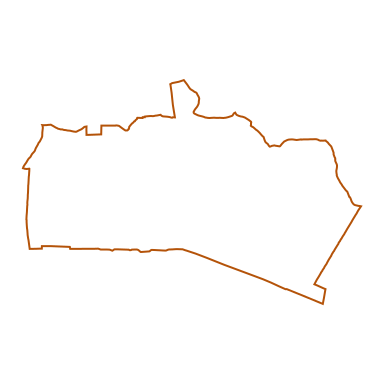 Lat Krabang, Bangkok Metropolis, Thailand
{"feature_id": "78962969B46231034587858", "entity_name": "Lat Krabang", "entity_type": "district", "adm_level": 2, "iso_a3": "THA", "parent_name": "Thailand", "parent_adm1": "Bangkok Metropolis", "projection": "orthographic", "projection_center": [100.783, 13.745], "detail": "fine", "context": "isolated", "style": "outline", "palette": "amber", "viewbox_px": 384, "rotation_deg": 0, "n_neighbors": 0, "source": "geoboundaries", "source_scale": "gbopen_adm2", "svg_char_len": 5933}
<svg xmlns="http://www.w3.org/2000/svg" viewBox="0 0 384 384"><path d="M325.5,289.1L323.7,288.4L317.1,285.4L314.4,284.3L316.9,279.6L318.3,277.4L319.9,274.7L320.4,273.8L320.8,273.2L320.9,272.7L322.3,270.8L322.5,270.2L323.1,269.3L324.1,267.9L324.3,267.4L324.6,266.7L326.6,263.8L327.1,262.7L328.2,260.7L328.3,260.6L328.7,259.7L329.1,259.2L329.5,258.4L329.8,258.1L330.3,257.2L331.2,255.9L331.2,255.6L331.3,255.5L332.3,253.4L332.7,253.0L333.2,252.0L334.1,250.9L334.6,249.8L337.2,245.6L337.9,244.5L338.4,243.8L338.5,243.5L338.6,243.0L338.7,242.7L339.6,241.5L339.9,241.2L340.9,239.2L341.3,238.9L342.7,236.4L344.3,234.1L344.7,233.2L345.7,231.6L347.1,229.1L351.4,222.1L352.6,219.9L355.7,214.8L356.1,214.2L356.5,213.7L357.2,212.3L358.2,210.5L361.0,206.3L359.6,206.0L358.5,205.9L357.2,205.6L355.5,205.2L354.8,205.0L354.2,204.7L353.1,203.7L352.0,202.1L351.5,201.1L351.3,200.5L350.7,198.8L350.4,198.1L349.9,197.3L349.7,197.0L349.3,196.9L347.3,191.7L345.9,190.4L342.1,185.4L341.9,184.8L340.3,182.6L339.8,181.7L339.5,181.0L337.9,178.2L337.0,176.2L336.7,175.1L336.8,174.6L336.7,174.2L336.5,173.2L336.3,171.1L336.4,170.3L336.7,168.9L336.9,167.6L337.0,166.2L337.0,165.4L336.9,164.9L336.5,163.7L336.0,162.7L335.3,161.1L335.3,160.7L335.2,160.1L335.2,159.3L335.3,159.1L335.2,158.9L335.2,158.2L334.4,156.7L334.0,155.4L333.7,154.8L333.6,154.3L333.6,153.4L333.6,152.8L333.1,151.3L331.6,147.3L331.2,146.4L329.3,144.4L328.5,143.5L328.0,142.7L327.0,141.8L325.8,140.9L325.6,140.5L322.9,140.7L322.0,140.7L321.6,140.6L320.4,140.7L319.1,140.3L318.7,140.1L318.0,139.7L317.0,139.4L316.1,139.2L315.5,139.2L309.6,139.3L308.1,139.4L303.5,139.4L301.5,139.6L301.2,139.6L301.0,139.4L298.2,139.8L296.6,140.0L293.2,139.5L292.0,139.4L289.9,139.5L288.7,139.6L287.3,140.0L284.2,141.5L281.9,143.9L280.4,145.8L280.1,146.1L279.8,146.3L279.2,146.3L276.7,145.9L275.4,145.7L274.4,145.4L271.8,145.9L270.5,146.5L270.1,146.5L269.7,146.6L269.4,146.3L268.9,145.8L268.6,145.3L268.3,144.9L267.8,144.0L266.2,142.8L265.3,141.8L264.6,140.1L263.6,137.0L263.0,136.5L262.2,135.8L260.7,134.1L259.8,133.0L258.3,131.5L257.1,130.4L256.5,130.1L256.0,129.7L255.0,128.8L253.9,127.8L253.2,127.2L252.5,126.9L251.3,126.2L250.8,125.7L251.0,125.1L251.0,123.0L251.2,122.7L251.2,122.1L251.0,121.7L248.8,120.0L244.8,117.5L242.5,116.7L241.9,116.6L241.0,116.5L238.9,115.9L237.1,115.1L236.6,114.8L236.4,114.6L236.1,114.1L235.8,113.7L235.2,112.6L234.2,113.1L233.8,113.5L233.6,113.8L232.6,115.4L232.3,115.7L231.6,116.0L228.3,117.1L225.9,117.7L224.0,117.9L223.5,118.0L221.5,117.9L219.9,117.8L217.3,117.9L215.0,117.8L214.5,117.7L212.3,117.8L209.5,118.0L207.8,117.9L206.2,117.6L205.4,117.5L205.2,117.5L203.9,116.9L202.2,116.4L198.9,115.6L197.7,115.2L195.0,113.9L194.3,113.5L193.8,113.0L193.7,112.6L193.6,112.0L193.7,111.7L194.8,109.7L195.3,109.0L197.0,106.9L197.6,105.9L198.3,104.5L198.6,103.7L198.8,102.5L198.8,101.5L199.2,98.8L199.2,98.4L198.8,97.2L198.5,96.5L197.6,95.0L196.6,93.0L196.4,92.8L195.5,92.2L194.7,92.0L192.5,90.4L191.4,89.8L190.2,88.9L189.2,87.6L187.3,84.7L183.8,80.1L183.0,80.4L178.7,81.8L174.2,82.7L172.2,83.1L170.3,84.2L170.4,84.4L171.6,92.7L172.5,101.4L172.9,105.1L174.9,117.4L172.7,117.3L172.2,117.7L171.2,117.6L170.5,117.3L169.3,117.0L167.2,116.7L163.3,116.4L162.7,116.3L161.8,115.9L161.0,115.3L160.6,114.8L157.1,115.5L155.2,115.7L154.5,115.9L153.4,116.1L152.1,116.1L151.0,116.0L149.3,116.1L146.0,116.4L144.7,116.6L144.7,117.2L142.8,117.2L142.8,117.3L142.8,117.9L142.7,118.0L137.3,117.8L137.2,117.9L137.0,118.4L137.0,118.9L136.8,119.2L135.7,120.0L135.2,120.6L134.9,121.2L134.3,121.3L134.1,121.5L133.3,122.5L132.7,123.0L132.0,123.5L130.6,125.1L129.5,126.5L129.2,126.9L129.1,128.1L128.7,128.6L128.8,129.0L128.3,129.5L127.8,130.1L127.5,130.3L127.4,130.4L125.7,130.5L125.3,130.4L124.7,130.0L124.1,129.6L121.7,127.9L119.2,126.0L118.8,125.8L117.1,125.5L116.0,125.4L115.5,125.6L101.4,125.6L101.2,134.4L100.9,134.4L87.7,134.9L86.5,134.9L86.5,134.3L86.5,133.4L86.4,129.7L86.5,126.5L84.7,126.8L84.1,127.1L83.1,128.0L81.5,129.2L78.5,130.6L77.4,131.2L76.6,131.6L76.3,131.7L75.9,131.8L74.0,131.6L72.0,131.2L70.0,130.7L67.5,130.5L66.6,130.3L65.7,130.1L64.4,130.0L63.4,129.8L62.4,129.4L60.7,129.4L59.3,129.0L58.0,128.7L56.8,128.0L55.8,127.6L54.8,127.0L53.5,126.2L51.0,124.8L50.8,124.7L48.5,124.9L48.1,124.9L46.6,125.1L43.7,125.2L42.3,125.1L42.4,125.3L42.6,126.3L42.8,127.1L42.8,128.2L42.3,132.7L42.3,133.4L42.2,136.3L41.9,137.3L41.6,138.0L40.0,141.1L39.8,141.5L38.6,142.9L37.8,144.7L35.9,148.0L35.3,149.4L35.1,150.1L34.7,151.0L33.9,152.0L32.5,153.5L32.0,154.1L31.2,155.5L30.6,156.7L29.9,157.5L28.8,158.5L28.2,159.3L26.8,161.6L26.4,162.4L25.6,163.5L25.0,164.3L24.0,165.8L23.4,166.9L23.0,168.2L23.6,168.3L24.4,168.7L26.5,169.0L29.3,168.7L29.4,168.9L29.3,169.1L29.3,169.4L29.3,171.0L29.2,172.0L29.0,175.3L28.8,176.6L28.4,184.2L28.2,185.7L28.2,186.9L28.0,192.8L27.8,195.1L27.8,196.4L27.7,198.7L27.4,201.3L27.3,203.1L27.4,204.8L27.4,205.1L27.2,205.8L27.2,206.3L27.0,210.1L26.9,212.2L26.6,215.6L26.4,219.4L26.4,219.6L26.5,219.7L26.6,219.9L26.6,222.1L26.8,225.5L27.0,228.2L27.3,230.1L27.6,234.1L27.6,234.8L28.2,238.7L28.5,240.1L29.7,248.9L35.8,248.8L38.6,248.7L40.0,248.7L41.8,248.7L41.9,246.1L50.0,246.1L69.8,246.9L70.2,248.9L71.5,248.9L78.0,248.9L83.6,248.8L94.0,248.8L97.1,248.7L98.3,248.7L100.6,249.5L104.5,249.5L109.2,249.6L110.1,249.8L112.3,250.7L112.5,250.6L113.3,250.1L114.3,249.4L114.9,249.3L116.7,249.3L128.7,249.7L128.8,249.7L129.4,250.1L129.9,250.2L130.9,250.1L131.2,250.0L131.9,249.6L132.1,249.6L136.6,249.5L137.2,249.6L138.3,250.0L138.8,250.4L140.4,251.8L140.8,252.0L141.0,252.0L149.3,251.4L149.7,251.2L150.5,250.5L150.8,250.3L151.1,250.1L151.8,249.9L154.0,250.0L165.3,250.6L166.2,250.5L168.1,249.7L169.0,249.5L172.5,249.4L173.6,249.3L176.6,249.1L182.6,249.3L185.1,250.2L186.8,250.7L195.6,253.6L206.9,257.9L224.2,264.8L244.4,272.3L262.9,279.2L271.0,282.6L279.2,286.4L285.5,289.2L286.7,289.1L308.6,298.0L322.8,303.9L324.0,297.7L325.2,290.6L325.5,289.1Z" fill="none" stroke="#b45309" stroke-width="2"/></svg>